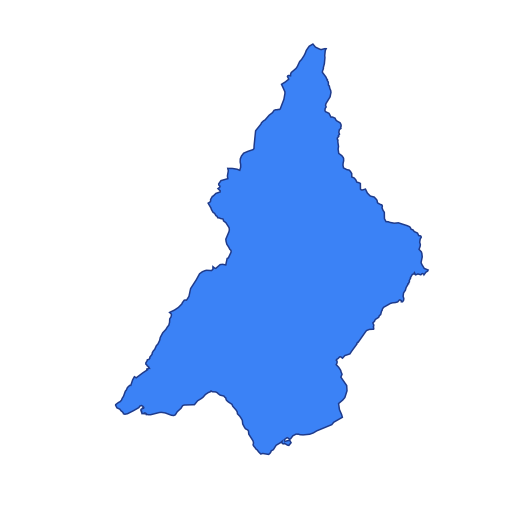 outline of Catina, Buzau, Romania, rotated 349°
{"feature_id": "2599482B39348236200125", "entity_name": "Catina", "entity_type": "district", "adm_level": 2, "iso_a3": "ROU", "parent_name": "Romania", "parent_adm1": "Buzau", "projection": "albers", "projection_center": [26.245, 45.307], "detail": "fine", "context": "isolated", "style": "filled", "palette": "blue", "viewbox_px": 512, "rotation_deg": 349, "n_neighbors": 0, "source": "geoboundaries", "source_scale": "gbopen_adm2", "svg_char_len": 6116}
<svg xmlns="http://www.w3.org/2000/svg" viewBox="0 0 512 512"><g transform="rotate(349 256 256)"><path d="M422.3,302.6L418.8,300.3L417.3,296.3L416.8,294.3L417.0,293.4L419.0,288.6L419.3,285.2L419.1,283.5L417.3,280.6L418.9,277.9L419.5,276.2L419.3,273.7L420.4,270.7L421.8,269.1L421.7,268.1L421.2,267.6L419.6,267.0L418.9,264.3L416.0,262.2L415.0,260.2L413.4,259.4L412.9,257.5L412.4,256.6L410.1,255.0L402.1,250.6L398.0,250.2L393.7,248.5L392.4,247.6L390.2,247.1L389.2,243.9L390.3,237.6L389.4,235.4L388.9,232.7L389.4,231.7L389.5,230.3L389.0,229.6L388.4,229.5L385.7,227.3L385.3,226.2L385.5,225.3L385.2,223.8L383.3,220.7L379.9,219.1L379.3,218.5L377.3,215.4L376.2,211.2L373.2,211.5L372.0,211.2L371.3,210.4L372.3,204.7L370.9,203.6L369.1,202.8L368.4,200.1L367.2,198.1L365.1,196.7L365.7,193.4L364.8,190.9L363.8,189.4L361.7,188.6L358.7,186.2L358.7,183.4L359.3,181.3L360.2,179.3L360.6,176.9L360.4,176.0L359.4,173.9L356.8,171.1L357.0,166.7L357.9,164.2L358.1,159.4L358.6,157.8L358.2,157.4L358.1,156.5L358.5,155.5L360.0,154.4L359.8,153.6L361.2,152.4L360.9,150.4L362.0,147.8L363.7,147.0L363.8,145.5L364.4,144.7L364.5,143.0L363.9,141.2L361.3,139.0L360.3,137.6L359.9,135.8L357.6,134.2L356.1,134.0L354.9,129.9L351.8,127.6L351.4,126.4L352.1,124.3L353.3,123.1L353.0,121.5L353.7,119.8L359.1,113.9L360.8,109.7L360.9,107.8L360.4,105.6L360.4,103.1L359.7,102.0L360.1,99.7L360.1,98.9L359.4,97.1L359.4,96.8L359.7,96.5L359.2,95.6L358.8,93.7L356.2,88.3L356.6,87.1L357.9,84.9L358.1,83.8L359.8,80.3L361.5,74.5L361.7,72.4L363.2,67.5L364.4,65.9L363.1,65.6L359.4,65.8L358.4,65.4L354.2,62.3L352.3,58.8L348.3,60.2L346.7,61.7L344.6,63.8L343.0,66.4L341.3,68.6L338.2,71.8L336.0,73.4L332.8,77.8L331.1,79.5L325.6,82.6L324.7,84.0L324.3,85.7L322.5,85.0L321.6,85.2L321.1,85.9L321.7,87.7L321.8,88.7L318.1,90.7L313.8,92.3L315.7,100.3L315.4,102.0L313.3,107.5L307.8,116.3L306.6,116.7L305.8,116.3L304.7,116.5L303.4,116.2L301.5,116.5L299.6,118.4L295.8,120.3L290.8,124.2L289.1,124.8L286.8,126.3L286.0,127.5L279.5,133.0L275.2,147.3L274.5,150.2L273.4,151.0L268.1,151.7L263.5,152.7L260.8,155.1L259.1,157.7L258.4,160.8L258.4,163.3L257.9,165.9L256.4,168.8L254.0,167.2L249.7,165.6L245.0,164.6L245.1,167.0L243.2,172.0L243.1,174.7L236.0,175.3L233.1,178.1L233.0,179.2L234.0,180.6L233.4,181.7L231.5,182.6L233.3,185.1L233.0,186.3L228.6,186.9L225.4,189.0L224.6,189.1L222.2,191.9L222.0,193.3L221.2,194.2L219.1,195.0L220.9,200.2L221.1,201.9L222.2,205.0L223.5,206.2L224.4,208.8L225.3,209.5L225.8,211.2L227.2,211.6L228.6,212.6L230.5,213.3L230.8,213.8L230.8,215.3L232.8,217.6L235.0,223.1L234.8,225.4L234.1,227.0L229.6,233.7L229.4,235.8L229.6,238.9L230.9,242.1L231.6,244.5L232.4,245.5L232.5,246.6L232.1,247.7L228.5,252.6L227.2,252.9L224.6,259.0L221.7,257.8L219.2,257.6L214.1,260.5L213.1,260.0L211.7,258.3L211.2,260.8L209.5,261.8L204.8,260.6L203.5,260.6L200.3,261.2L197.2,262.7L192.8,268.0L185.6,275.5L182.5,282.8L179.9,285.6L179.2,286.1L178.2,285.7L177.1,285.7L174.8,287.8L174.1,288.9L170.0,291.7L165.7,293.5L160.4,294.9L161.7,296.7L161.8,297.6L161.0,299.5L159.3,301.3L158.5,304.6L157.2,307.3L155.5,308.7L153.5,310.9L149.8,313.6L146.5,317.7L145.3,320.5L142.9,323.7L141.1,325.0L138.7,328.4L137.3,329.4L135.8,331.1L135.1,332.8L132.5,335.0L132.2,336.2L131.2,337.0L129.5,337.2L129.1,338.1L127.4,340.0L127.3,341.3L128.0,342.1L128.2,343.0L129.4,344.3L129.9,345.8L129.1,345.5L128.0,346.2L127.3,346.1L127.2,346.5L127.7,347.0L122.6,349.1L115.2,352.7L113.6,351.3L111.3,354.0L108.4,359.1L107.3,358.9L104.7,360.6L103.1,362.9L102.0,363.7L99.2,368.4L97.5,370.2L96.4,371.9L94.7,373.1L93.1,373.5L89.9,375.1L89.7,375.7L90.5,378.5L93.1,380.4L94.1,382.4L95.2,383.6L95.7,384.7L95.8,385.6L97.1,386.3L99.8,386.3L106.1,384.5L112.0,382.5L113.5,381.1L115.0,380.9L116.3,382.0L116.8,382.9L116.4,383.1L116.8,383.6L116.6,384.0L115.6,383.8L115.5,384.2L114.4,384.3L113.8,384.7L113.5,386.1L114.1,386.6L113.8,387.9L114.1,389.1L115.1,388.9L116.0,389.6L116.7,388.8L117.1,388.9L118.0,389.6L117.8,390.6L118.1,390.8L118.6,390.6L119.8,391.2L122.2,391.7L131.2,391.2L133.2,391.4L136.9,392.7L142.6,396.2L144.8,396.9L146.5,396.5L148.9,393.9L153.3,391.2L155.4,388.9L157.1,388.6L167.2,390.2L171.0,387.0L175.3,385.4L177.1,384.5L179.9,382.3L183.2,380.9L185.2,380.6L186.1,379.9L187.2,380.9L190.4,381.7L192.1,383.0L192.4,383.7L194.2,385.7L197.7,387.3L198.4,388.6L199.3,389.7L199.2,390.7L199.5,392.0L200.9,393.9L204.1,397.0L204.5,399.0L207.0,403.3L207.8,405.3L207.7,407.4L209.6,410.3L210.9,413.7L211.2,414.8L210.9,418.4L212.0,422.0L212.7,423.6L214.6,425.1L215.2,426.2L214.9,429.5L217.8,436.9L217.9,439.0L217.1,440.8L217.2,441.3L217.7,442.6L218.7,444.2L218.8,445.0L220.3,446.8L221.1,448.6L222.9,451.3L224.9,451.1L230.6,453.2L232.1,452.3L233.2,451.2L233.7,450.2L236.1,449.4L239.7,445.6L244.5,443.9L246.2,442.9L245.8,444.3L246.2,445.2L247.6,445.8L248.2,445.3L250.7,447.6L252.1,448.2L254.8,446.0L253.9,443.2L249.6,443.5L248.8,443.1L248.6,441.8L251.4,440.4L252.1,440.3L254.0,442.1L255.0,442.1L257.9,439.5L261.3,438.5L263.7,439.0L265.1,439.8L268.2,440.6L274.7,441.2L278.5,440.6L282.4,439.2L298.2,436.0L300.6,434.0L310.0,430.8L309.8,428.1L308.6,422.7L308.9,416.6L313.7,413.9L316.2,411.9L319.6,405.7L320.3,400.5L316.2,391.1L317.9,388.5L317.4,386.1L317.3,384.4L315.9,380.9L314.0,378.0L315.2,376.3L315.5,374.7L314.9,373.6L315.5,372.9L317.0,372.3L318.8,371.0L319.9,371.1L321.4,372.8L324.2,370.7L329.5,370.0L331.6,367.8L338.3,361.6L338.2,361.3L338.7,360.6L339.3,360.1L339.7,360.3L349.6,350.8L350.5,350.2L353.3,349.7L357.4,350.3L357.7,350.0L357.8,347.6L358.3,347.0L358.4,345.7L358.0,344.8L358.1,343.8L359.9,342.7L360.2,342.0L361.2,341.0L364.7,339.6L365.7,338.1L367.2,337.3L368.7,334.1L369.5,333.3L370.0,332.1L371.5,330.7L378.9,328.2L381.2,328.0L383.8,328.3L386.3,328.1L388.4,326.5L388.9,326.5L390.0,327.4L389.9,328.7L391.1,328.9L392.3,327.8L392.7,326.9L393.0,325.9L392.7,323.7L393.8,320.4L396.1,318.1L397.4,315.5L399.3,313.4L399.8,312.3L400.4,312.4L400.8,311.4L401.7,310.6L401.7,309.5L403.6,307.1L403.5,306.6L406.0,303.9L407.5,303.7L408.3,302.6L408.7,303.7L408.5,304.3L409.1,305.0L411.5,304.5L414.2,305.9L415.4,305.1L416.3,305.0L417.2,305.9L417.3,306.5L419.7,304.3L421.6,303.6L422.3,302.6Z" fill="#3b82f6" stroke="#1e3a8a" stroke-width="1.5"/></g></svg>